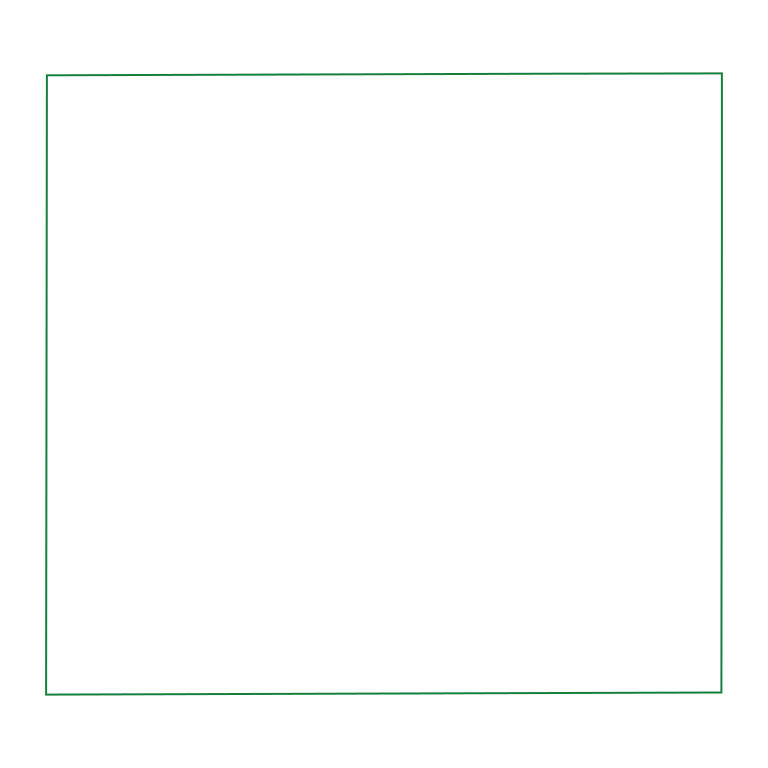 Pierce, Nebraska, United States of America (Robinson projection)
{"feature_id": "52423323B66217653244745", "entity_name": "Pierce", "entity_type": "district", "adm_level": 2, "iso_a3": "USA", "parent_name": "United States of America", "parent_adm1": "Nebraska", "projection": "robinson", "projection_center": [-97.585, 42.264], "detail": "fine", "context": "isolated", "style": "outline", "palette": "green", "viewbox_px": 768, "rotation_deg": 0, "n_neighbors": 0, "source": "geoboundaries", "source_scale": "gbopen_adm2", "svg_char_len": 204}
<svg xmlns="http://www.w3.org/2000/svg" viewBox="0 0 768 768"><path d="M46.9,75.3L46.1,694.6L721.4,692.5L721.9,228.1L721.9,73.4L551.7,73.7L46.9,75.3Z" fill="none" stroke="#15803d" stroke-width="2"/></svg>